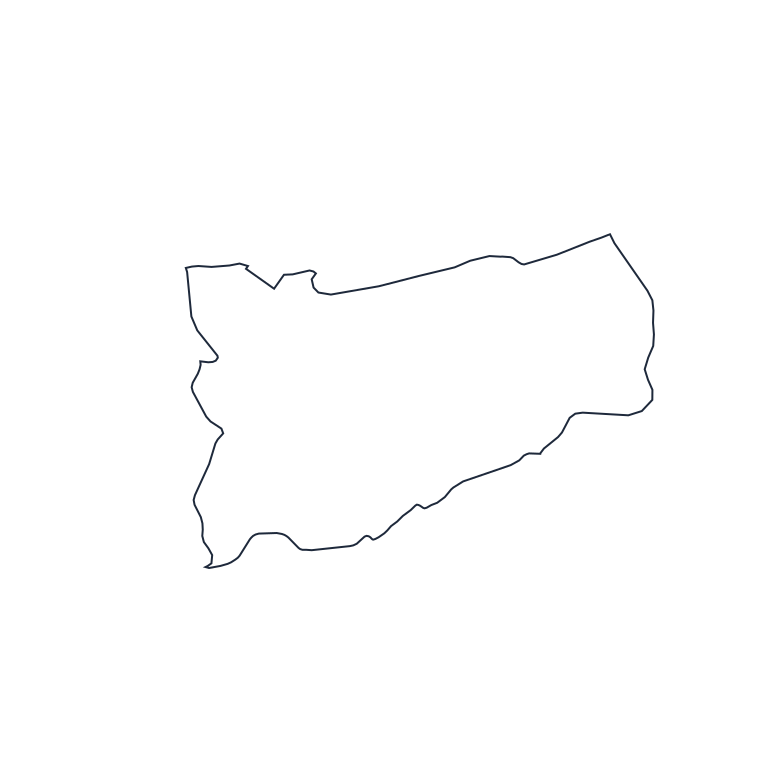 an SVG outline of Kouilou, rotated 125°
{"feature_id": "COG-3343", "entity_name": "Kouilou", "entity_type": "Region", "adm_level": 1, "iso_a3": "COG", "parent_name": "Republic of the Congo", "parent_adm1": "", "projection": "albers", "projection_center": [12.097, -4.264], "detail": "fine", "context": "isolated", "style": "outline", "palette": "slate", "viewbox_px": 768, "rotation_deg": 125, "n_neighbors": 0, "source": "natural_earth", "source_scale": "10m", "svg_char_len": 1966}
<svg xmlns="http://www.w3.org/2000/svg" viewBox="0 0 768 768"><g transform="rotate(125 384 384)"><path d="M636.3,425.2L634.1,424.0L629.9,422.5L622.7,426.6L619.3,433.6L616.8,440.9L612.7,445.7L607.3,448.9L602.3,452.8L598.1,457.7L591.6,469.9L588.2,473.4L583.5,475.1L549.9,481.3L529.4,488.0L524.8,488.4L516.7,487.4L513.8,491.6L514.2,504.6L512.7,510.9L500.1,536.0L497.0,539.7L492.7,541.4L482.4,542.4L477.8,543.5L473.5,545.2L470.8,547.5L467.0,540.4L464.2,537.0L461.4,535.2L457.8,535.2L456.4,536.6L447.2,567.7L439.2,580.5L405.2,609.5L402.6,612.9L398.0,608.7L393.8,603.7L387.0,592.4L375.6,578.6L368.2,571.4L365.4,563.1L368.8,563.1L369.0,528.7L351.9,528.6L346.6,521.7L333.7,510.1L332.3,506.3L332.5,503.2L339.7,503.3L345.4,497.0L346.7,490.2L341.2,478.8L306.9,444.3L275.5,417.4L247.9,393.0L233.6,384.1L218.7,371.0L213.0,361.8L211.6,359.9L207.6,353.2L206.8,350.3L207.1,343.6L206.8,340.2L205.7,337.8L179.0,316.6L149.4,297.1L139.3,289.8L131.7,284.8L136.5,276.0L156.5,221.7L161.5,212.2L169.3,205.4L179.6,198.7L188.6,191.3L198.4,185.3L210.8,182.7L222.4,178.9L229.1,170.2L234.8,160.8L243.1,155.1L258.3,157.3L269.5,165.9L293.5,204.8L298.6,210.3L305.2,212.5L321.7,210.4L327.7,211.0L345.1,216.0L350.8,216.2L351.5,215.9L357.6,225.3L359.7,226.9L362.5,228.4L369.0,229.4L377.8,233.7L418.4,263.3L429.0,267.8L431.8,268.5L441.7,269.3L450.8,272.3L456.0,275.8L460.9,278.1L462.6,279.5L463.0,280.8L463.0,284.5L463.3,286.3L464.0,287.9L465.7,288.6L472.0,289.8L481.2,292.9L489.1,294.3L496.3,296.7L502.1,297.3L506.1,298.1L512.6,300.5L515.9,302.2L517.6,303.5L517.9,304.2L517.8,305.4L517.4,307.2L517.5,309.2L518.4,311.2L520.2,312.4L530.5,314.7L533.8,316.6L536.4,319.0L561.6,347.9L564.6,352.9L566.6,355.7L567.3,358.0L567.3,359.9L564.6,374.3L564.5,376.6L564.7,379.0L565.4,381.6L567.6,386.4L578.3,400.7L581.0,402.9L583.5,404.1L585.9,404.6L588.1,404.8L607.5,403.8L610.2,404.1L613.2,405.1L617.8,407.0L621.0,408.9L626.8,413.6L635.1,421.8L636.3,425.2Z" fill="none" stroke="#1e293b" stroke-width="2"/></g></svg>